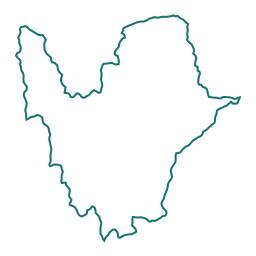 Antônio Dias, Minas Gerais, Brazil (Robinson projection)
{"feature_id": "56859067B34077113992648", "entity_name": "Antônio Dias", "entity_type": "district", "adm_level": 2, "iso_a3": "BRA", "parent_name": "Brazil", "parent_adm1": "Minas Gerais", "projection": "robinson", "projection_center": [-42.887, -19.578], "detail": "fine", "context": "isolated", "style": "outline", "palette": "teal", "viewbox_px": 256, "rotation_deg": 0, "n_neighbors": 0, "source": "geoboundaries", "source_scale": "gbopen_adm2", "svg_char_len": 4605}
<svg xmlns="http://www.w3.org/2000/svg" viewBox="0 0 256 256"><path d="M239.9,97.4L237.8,97.7L236.0,98.8L234.2,98.9L231.9,97.8L229.0,97.3L226.9,97.1L225.1,96.9L222.7,97.1L220.9,98.3L218.7,98.3L216.5,97.7L214.7,97.7L212.8,97.5L210.5,97.1L208.9,96.8L208.0,94.3L207.5,91.7L207.0,89.5L205.3,87.7L202.7,87.0L201.1,84.8L199.0,84.6L198.2,82.3L198.4,79.7L198.9,76.5L200.0,73.6L199.5,71.8L197.6,70.6L197.7,67.0L195.0,65.6L195.3,62.5L195.8,59.9L196.4,57.6L195.4,55.6L193.2,53.6L194.0,51.5L193.8,48.8L192.7,46.5L191.8,44.7L190.6,43.4L188.6,41.8L187.0,40.1L187.7,37.6L187.3,35.3L187.3,32.7L187.9,30.2L187.3,28.4L187.4,26.4L188.1,24.0L186.3,22.6L184.9,21.5L183.6,19.8L181.0,18.6L178.9,17.2L177.6,15.9L175.6,16.4L173.4,15.4L170.9,16.2L168.3,16.6L166.5,16.9L163.2,16.7L160.6,17.1L158.4,17.6L156.4,17.6L154.5,17.1L152.7,17.7L151.1,18.3L149.1,18.7L147.1,20.2L145.4,21.0L143.5,21.6L141.1,21.5L138.1,22.0L135.8,22.9L133.4,23.7L131.4,24.7L129.3,25.4L127.3,26.3L125.3,27.3L123.4,28.7L123.1,30.6L121.7,33.0L124.2,34.8L125.0,37.7L123.3,38.2L121.9,39.2L120.9,40.7L119.8,42.2L119.1,44.3L118.6,47.0L117.0,48.8L115.5,50.7L114.5,53.2L115.5,55.1L117.8,56.0L118.3,58.4L118.8,61.0L118.6,64.1L115.8,64.6L113.7,63.7L112.0,63.0L110.3,63.0L107.9,63.5L105.5,63.7L103.8,63.7L102.6,64.9L102.1,67.2L101.2,69.0L100.9,71.1L101.6,73.3L101.5,76.3L100.9,79.6L101.7,82.1L102.2,84.1L102.2,86.3L101.2,88.3L101.1,90.5L100.4,92.3L98.6,92.9L96.6,91.5L93.9,90.2L91.3,92.1L89.9,94.2L88.3,95.5L86.5,96.1L85.3,97.4L83.1,97.8L81.4,96.7L80.3,95.1L78.9,93.8L76.9,93.3L75.5,94.6L74.2,96.4L72.7,97.3L70.8,96.9L69.7,94.8L68.3,93.3L66.5,93.1L64.5,92.7L65.2,89.8L65.5,87.2L63.3,85.3L61.7,82.9L60.9,80.5L61.3,77.9L62.2,74.9L60.5,73.2L59.3,72.0L58.2,70.2L57.6,67.7L57.3,65.6L56.1,64.2L54.5,62.8L52.2,62.3L51.2,60.6L50.9,57.6L49.3,56.0L47.7,54.7L46.5,53.4L45.6,51.5L44.5,49.6L44.4,47.2L44.2,44.6L44.7,42.2L45.9,39.8L44.3,37.6L42.6,35.0L40.5,35.2L38.2,34.8L35.8,33.2L33.5,31.8L31.5,30.6L29.4,29.4L27.5,27.4L25.3,26.1L23.4,26.7L21.0,27.1L19.9,29.4L20.6,32.0L20.0,34.0L19.0,36.0L18.3,37.6L19.2,40.4L19.3,43.2L20.6,46.2L20.7,49.0L20.3,50.9L19.2,52.3L17.1,53.2L16.1,55.7L17.5,57.6L19.1,59.0L20.4,60.4L20.7,62.4L19.8,64.1L20.8,66.2L21.0,68.3L21.5,70.6L23.0,72.9L23.7,75.5L23.5,77.5L23.4,79.4L23.7,82.3L25.3,84.6L26.8,86.7L26.6,90.0L24.2,92.3L23.8,95.5L24.8,98.1L25.9,100.3L26.7,103.0L26.5,105.5L25.7,108.2L25.3,110.8L25.9,113.0L26.1,114.9L26.1,117.5L26.5,119.6L28.9,118.4L31.2,116.9L34.3,116.5L36.1,115.5L37.7,115.1L39.8,115.7L42.2,117.3L42.6,120.6L43.4,123.3L45.5,124.9L47.6,126.5L48.6,128.1L48.9,130.3L49.5,132.7L50.3,134.5L49.6,136.5L49.2,139.8L50.2,142.9L50.6,145.6L51.3,148.8L51.2,151.3L50.7,153.8L50.3,156.5L50.8,158.9L50.4,162.0L49.3,164.6L50.2,166.2L52.0,165.5L53.8,164.6L56.4,164.6L59.6,165.0L61.3,166.3L61.8,169.1L62.8,171.8L61.9,174.5L61.6,176.6L61.6,179.1L61.3,181.2L62.0,183.1L63.6,182.7L65.7,182.7L66.2,185.3L68.1,187.2L69.8,189.7L69.6,192.1L69.1,194.4L69.3,196.7L70.5,198.4L71.5,199.9L70.9,201.7L69.6,203.1L70.0,205.2L72.6,205.9L75.1,207.5L76.7,210.0L77.4,212.3L78.8,214.8L81.4,216.5L83.5,215.7L85.5,214.8L87.0,213.0L87.1,210.5L89.2,209.6L90.8,208.3L92.2,206.4L94.5,207.3L95.5,210.0L95.6,212.7L97.3,214.6L99.3,216.7L99.7,219.3L101.0,221.8L101.3,223.7L100.7,226.3L100.4,229.0L100.5,231.4L100.5,234.0L102.2,236.3L102.8,238.9L104.2,240.6L104.9,238.7L106.2,236.8L107.8,235.3L108.8,233.6L110.0,232.0L111.4,230.8L112.9,229.6L114.9,229.4L116.6,231.3L117.8,233.4L118.0,235.8L118.5,237.6L120.4,237.6L122.3,236.3L124.1,235.4L126.1,234.8L128.5,234.4L131.5,234.2L134.2,233.0L136.3,231.7L135.7,229.4L134.2,227.3L132.1,225.4L132.5,222.9L132.3,219.5L132.8,217.0L134.8,217.2L137.1,217.5L139.5,217.4L142.0,217.4L145.1,218.4L147.1,219.5L148.4,221.0L150.3,221.7L152.2,220.6L154.5,220.9L156.3,220.4L158.4,219.1L160.5,217.9L162.4,216.3L165.4,215.5L166.5,213.7L166.3,211.4L164.4,209.2L162.8,207.6L162.0,205.6L161.4,203.5L162.4,201.0L163.9,198.9L164.4,195.9L165.4,193.3L166.3,191.3L167.1,189.2L167.7,187.0L168.1,183.8L169.4,181.3L170.8,179.5L171.8,177.7L171.9,175.7L171.2,173.3L170.7,170.8L171.5,168.1L173.0,165.8L174.3,163.9L175.5,161.8L175.7,159.5L175.5,156.1L176.3,153.1L178.5,153.2L180.7,152.0L182.5,149.5L184.4,147.8L186.0,146.4L187.9,145.8L189.8,144.3L191.3,142.4L192.9,140.7L195.3,139.1L197.7,137.5L201.0,135.9L202.5,134.2L203.2,131.7L205.4,130.5L207.4,129.0L208.9,127.4L210.7,126.0L212.2,124.5L213.8,123.5L214.8,122.0L215.0,119.5L215.2,117.0L216.2,114.7L216.7,112.7L216.9,110.7L218.7,109.3L220.4,108.4L222.4,107.6L224.9,106.2L227.0,105.4L229.0,103.5L231.1,101.7L232.7,103.5L235.0,103.7L237.4,103.3L238.5,100.7L239.9,97.4Z" fill="none" stroke="#0f766e" stroke-width="2"/></svg>